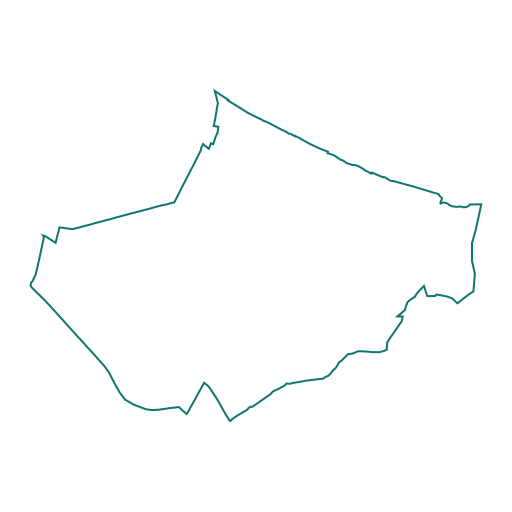 outline of La Paz, México, Mexico
{"feature_id": "50627088B44247269931048", "entity_name": "La Paz", "entity_type": "district", "adm_level": 2, "iso_a3": "MEX", "parent_name": "Mexico", "parent_adm1": "México", "projection": "robinson", "projection_center": [-98.953, 19.364], "detail": "fine", "context": "isolated", "style": "outline", "palette": "teal", "viewbox_px": 512, "rotation_deg": 0, "n_neighbors": 0, "source": "geoboundaries", "source_scale": "gbopen_adm2", "svg_char_len": 4995}
<svg xmlns="http://www.w3.org/2000/svg" viewBox="0 0 512 512"><path d="M125.2,399.7L128.0,401.3L130.7,402.9L132.1,403.7L133.0,404.2L133.5,404.5L133.8,404.6L134.1,404.8L146.1,409.3L151.9,410.1L155.6,409.9L159.2,409.7L169.7,408.1L179.0,407.1L180.9,409.0L186.6,414.0L188.1,411.8L189.6,409.1L190.4,407.5L191.7,405.3L193.0,402.9L194.6,400.1L197.1,395.5L197.4,395.0L199.2,391.6L199.9,390.4L202.2,386.2L202.3,386.1L204.1,382.7L208.4,386.3L209.2,387.3L210.5,389.1L212.7,392.5L214.9,395.7L218.4,401.4L221.1,406.2L224.6,412.6L227.7,417.5L228.9,419.4L229.6,420.5L230.0,421.0L230.7,420.8L231.8,419.4L237.4,415.5L239.4,414.3L247.0,409.9L247.7,409.2L248.1,408.4L248.5,408.1L250.4,406.8L252.3,406.8L253.5,406.0L261.7,400.3L270.6,394.1L272.1,392.3L273.6,391.1L275.7,390.1L277.7,389.3L279.3,388.4L281.0,387.5L282.7,386.7L284.7,385.4L285.2,385.0L286.5,383.5L289.7,383.8L293.2,382.9L293.7,382.8L297.5,382.2L299.1,382.0L301.2,381.6L305.3,380.9L305.8,380.7L323.3,378.6L325.2,377.1L328.4,375.7L330.8,373.3L332.5,370.9L335.4,368.2L336.9,366.3L339.0,362.4L341.5,360.7L347.9,354.2L353.0,353.5L357.8,351.3L358.0,351.2L365.6,351.5L372.5,352.1L379.1,352.2L383.8,351.0L386.8,349.7L387.2,342.3L392.4,334.6L395.6,330.1L401.9,320.9L402.7,316.5L397.5,316.4L404.9,310.1L405.8,306.9L407.5,302.2L409.7,300.2L415.1,296.6L415.8,295.0L417.9,292.1L424.0,286.0L427.2,296.0L429.8,296.1L435.1,296.0L436.5,294.5L442.5,295.6L447.4,296.6L452.0,298.3L457.4,303.3L465.2,297.2L469.1,294.2L473.4,291.4L474.9,273.8L472.0,260.9L472.0,243.2L475.7,230.0L481.3,204.3L474.6,204.4L469.7,204.5L468.7,206.0L466.1,207.1L464.1,207.2L462.9,207.3L461.5,206.6L459.6,206.5L457.8,206.8L456.4,206.8L455.0,206.7L453.4,206.3L452.3,206.4L451.1,205.7L449.7,205.3L448.2,204.0L446.0,203.0L444.9,202.8L444.2,202.6L443.8,202.5L443.2,202.5L442.3,202.9L440.6,203.6L440.4,202.9L440.4,202.5L440.6,202.0L440.9,201.2L441.8,199.4L441.9,198.9L442.0,198.3L441.6,197.8L439.4,195.6L438.4,194.0L433.5,192.6L424.1,189.8L411.9,186.1L409.9,185.6L408.2,185.1L407.4,184.9L404.4,184.1L397.1,182.1L392.9,180.9L392.4,181.1L391.5,180.9L391.0,180.8L389.8,180.5L388.6,179.6L387.1,178.8L386.3,178.0L385.1,177.3L382.5,177.1L372.0,172.6L371.3,173.6L368.8,172.3L368.3,172.0L367.8,171.8L366.6,171.2L365.4,170.6L365.1,170.4L362.6,168.6L360.3,167.2L359.3,166.6L358.6,166.4L357.3,165.8L356.5,165.4L355.6,165.1L351.7,164.8L350.7,164.4L348.5,163.7L347.5,163.5L346.4,163.0L344.5,161.5L342.4,160.2L341.4,160.0L341.0,159.9L340.1,159.5L339.5,159.0L338.9,158.6L338.3,158.3L334.9,155.8L332.9,154.9L329.4,153.7L327.6,153.3L327.9,151.7L323.5,150.0L319.4,148.4L310.3,144.1L308.9,143.4L301.6,139.3L299.1,137.8L297.2,137.0L295.4,136.0L295.3,136.4L290.5,133.8L288.7,133.7L286.8,132.3L286.4,132.0L285.3,131.4L284.3,130.9L282.5,130.1L282.0,129.9L280.4,129.1L278.3,128.0L276.2,126.9L274.8,126.1L272.7,125.0L269.7,123.4L268.3,122.7L266.5,121.9L264.7,121.2L263.4,120.8L261.9,119.7L261.4,119.5L261.1,119.3L258.0,117.9L254.5,116.2L247.9,112.9L247.5,112.6L227.7,100.3L228.1,99.7L227.8,99.6L214.8,91.0L217.6,101.9L217.9,103.3L216.6,109.6L216.7,110.2L216.0,114.0L215.6,116.4L214.3,123.3L213.9,125.1L213.7,126.1L215.1,126.2L215.8,126.4L218.3,126.8L218.2,128.0L218.0,129.3L217.8,130.7L217.5,133.0L217.2,133.2L215.9,136.3L215.7,136.5L215.3,137.8L214.3,140.9L213.3,144.2L211.7,143.4L211.1,143.1L210.7,144.2L210.4,144.9L209.9,146.2L208.9,148.8L207.9,148.0L206.3,146.7L205.1,145.8L203.0,144.0L201.7,146.9L200.9,148.7L201.1,149.6L199.4,153.2L197.4,157.2L196.4,159.1L195.5,161.0L195.1,161.7L194.2,163.5L187.1,177.3L186.1,179.2L183.7,183.9L182.1,187.0L180.7,189.8L180.2,190.8L174.3,202.4L172.8,202.6L172.7,202.6L170.7,203.2L166.2,204.5L165.1,204.7L163.9,205.0L163.3,205.1L162.6,205.2L162.0,205.3L159.5,205.9L159.2,206.0L158.1,206.3L154.1,207.4L153.8,207.5L151.2,208.2L150.6,208.4L148.0,209.1L146.0,209.6L145.4,209.8L144.4,210.0L143.6,210.3L142.2,210.6L141.2,210.9L139.2,211.4L138.7,211.5L137.6,211.8L135.7,212.3L134.5,212.6L133.2,212.9L132.8,213.0L131.8,213.2L130.1,213.7L129.3,214.0L128.3,214.2L128.1,214.3L125.7,214.9L124.7,215.2L123.6,215.4L122.3,215.9L122.1,215.9L119.9,216.5L118.1,216.9L117.5,217.1L116.9,217.3L112.6,218.5L110.2,219.2L108.9,219.5L108.3,219.7L107.8,219.8L106.0,220.2L105.1,220.5L103.0,221.1L101.5,221.5L100.7,221.7L98.8,222.2L96.6,222.7L95.8,223.0L93.5,223.6L91.1,224.3L88.8,224.9L88.7,224.9L88.3,225.0L86.6,225.5L86.4,225.5L84.8,225.9L83.9,226.2L83.0,226.4L81.5,226.8L81.3,226.9L79.9,227.3L79.6,227.4L79.0,227.5L78.3,227.7L74.7,228.6L72.3,229.2L70.8,228.9L68.6,228.6L67.1,228.4L64.9,228.1L64.6,228.0L61.3,227.6L59.5,227.4L58.8,230.0L58.3,232.6L57.6,234.7L55.6,242.8L54.0,241.8L52.0,240.5L48.0,237.9L46.1,236.6L45.6,236.3L43.2,235.6L43.6,236.1L43.8,238.5L43.3,240.2L41.3,249.4L38.6,261.9L35.8,274.1L32.5,281.3L31.2,282.4L30.8,283.9L30.7,286.2L32.0,287.7L34.5,290.3L40.3,295.9L45.1,300.6L53.7,310.0L60.9,317.9L65.2,322.7L70.5,328.6L77.7,336.6L80.7,339.8L86.7,346.5L91.7,351.9L99.3,360.4L104.3,366.0L108.9,372.3L111.9,378.2L115.2,384.6L119.8,392.7L125.2,399.7Z" fill="none" stroke="#0f766e" stroke-width="2"/></svg>